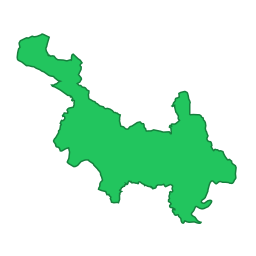 Pho Yen, Thái Nguyên, Vietnam (Mercator projection), rotated 355°
{"feature_id": "81297802B3855346019179", "entity_name": "Pho Yen", "entity_type": "district", "adm_level": 2, "iso_a3": "VNM", "parent_name": "Vietnam", "parent_adm1": "Thái Nguyên", "projection": "mercator", "projection_center": [105.815, 21.451], "detail": "fine", "context": "isolated", "style": "filled", "palette": "green", "viewbox_px": 256, "rotation_deg": 355, "n_neighbors": 0, "source": "geoboundaries", "source_scale": "gbopen_adm2", "svg_char_len": 5868}
<svg xmlns="http://www.w3.org/2000/svg" viewBox="0 0 256 256"><g transform="rotate(355 128 128)"><path d="M65.7,158.2L70.5,161.7L71.8,161.8L72.7,161.6L74.6,160.8L78.2,157.4L81.7,156.3L83.5,156.1L85.9,156.5L86.3,157.4L90.2,160.5L90.8,162.1L94.0,166.0L95.1,168.0L95.9,168.6L96.7,170.8L96.6,172.1L97.5,174.7L98.0,177.7L97.8,178.1L96.0,179.6L95.1,181.3L95.0,182.6L94.6,184.0L93.6,185.4L93.3,186.5L96.0,187.9L100.3,189.4L101.2,192.6L103.3,192.6L103.3,193.6L104.8,195.1L104.8,195.7L104.2,196.8L104.9,198.9L105.1,200.4L107.3,201.2L110.9,201.2L112.0,201.6L113.4,198.4L113.7,193.8L114.2,193.2L113.9,192.4L114.7,191.8L115.1,191.1L116.1,190.6L114.7,189.8L114.3,189.4L114.5,189.1L115.8,188.1L116.3,186.9L117.4,186.5L118.0,185.8L119.4,185.7L120.0,184.3L121.0,184.3L121.3,183.6L121.1,183.2L122.5,184.0L123.1,183.2L123.0,182.8L123.4,182.1L124.4,181.0L125.1,181.5L126.3,181.6L126.2,182.2L127.1,183.0L129.0,182.9L131.2,183.7L132.3,183.8L133.0,184.3L133.5,184.2L133.8,182.9L134.5,182.6L135.4,182.8L137.4,184.7L139.3,185.7L139.5,186.8L140.7,186.5L142.5,187.7L144.3,188.3L145.1,188.2L145.6,188.9L146.1,188.6L146.4,189.0L146.3,189.4L147.2,189.7L147.1,190.4L147.4,190.7L150.2,190.1L150.8,189.4L151.2,188.2L152.9,187.3L156.3,187.7L158.7,187.2L159.8,189.3L160.4,189.7L165.0,188.0L165.7,188.1L167.0,189.0L167.4,189.7L166.6,192.4L167.1,194.1L167.0,194.9L166.6,195.3L165.8,195.6L164.8,195.1L164.2,195.4L163.9,195.8L163.9,197.3L162.9,199.5L163.2,202.0L162.1,203.1L162.0,204.8L163.6,205.9L164.3,207.3L164.1,207.7L162.8,208.7L162.7,210.0L163.3,210.8L165.4,211.4L167.6,212.8L167.6,213.5L166.9,213.4L165.6,212.8L165.1,214.0L165.2,215.4L166.2,216.5L166.6,217.9L167.2,218.7L168.1,219.1L170.1,218.7L170.5,218.9L170.8,220.4L172.7,222.7L172.9,225.3L173.4,226.7L173.9,227.3L174.7,227.6L175.4,227.2L176.2,225.9L176.6,225.5L178.6,226.6L180.6,227.2L185.9,227.3L188.7,228.6L190.6,229.1L191.9,229.0L192.3,228.6L192.5,228.3L191.1,227.8L189.1,226.4L187.0,222.8L184.7,221.1L184.0,220.3L183.7,219.4L183.8,218.6L186.3,216.0L188.2,212.6L188.6,212.2L189.6,212.2L192.3,214.1L193.7,214.7L194.8,215.0L196.5,214.9L200.9,213.3L202.8,211.6L204.5,209.5L204.9,208.6L204.9,207.9L204.2,207.3L202.9,207.2L201.1,207.5L197.5,209.6L196.4,209.5L195.2,208.9L194.7,208.4L194.6,207.8L195.0,206.9L195.6,206.2L197.5,205.2L198.8,204.1L202.0,198.0L202.2,196.7L204.1,191.4L205.2,189.4L206.3,188.3L207.2,188.0L208.0,188.3L210.1,190.7L210.9,191.3L212.0,190.8L213.6,189.6L215.2,189.3L217.6,190.3L220.8,190.6L223.4,191.1L224.5,191.8L226.6,192.2L227.4,192.0L228.5,190.9L229.6,189.0L230.8,187.8L231.1,186.9L231.0,183.0L232.2,176.9L231.7,175.0L228.8,172.5L228.3,171.3L228.3,170.0L227.2,169.1L226.6,168.3L226.1,168.1L225.0,168.5L224.3,168.3L222.2,164.8L221.1,162.1L220.5,159.8L218.4,158.8L216.8,158.8L215.2,157.5L214.1,157.4L213.2,156.9L212.4,157.0L211.5,158.0L210.8,157.3L209.2,153.9L210.0,152.9L209.9,151.1L209.5,149.4L208.8,148.8L207.4,148.5L206.6,148.0L205.7,146.5L205.7,145.1L207.0,142.8L206.3,140.8L205.8,138.3L205.3,137.7L205.1,136.3L205.0,135.1L205.7,132.5L205.5,129.4L204.9,127.8L203.9,126.6L203.7,124.5L202.4,123.8L201.6,122.0L200.2,121.1L194.4,120.3L191.2,120.2L190.7,119.7L191.6,109.5L192.1,108.0L191.8,106.4L191.0,104.3L190.8,101.3L190.3,98.5L189.8,97.7L188.0,96.6L187.1,96.6L183.5,97.2L181.7,98.0L181.8,101.4L179.9,102.4L179.5,102.6L178.8,102.4L178.2,102.7L177.6,103.6L177.6,104.9L175.6,107.0L174.5,109.4L173.7,109.9L174.3,110.4L176.4,109.5L176.3,111.2L177.1,116.4L178.0,117.6L178.4,119.0L179.2,119.9L179.2,120.8L178.8,122.9L179.1,123.8L180.0,124.8L178.5,126.1L175.8,127.9L174.5,128.2L172.6,127.9L171.6,128.0L171.3,128.6L171.5,129.9L169.9,129.3L169.3,130.7L170.8,131.9L170.7,136.3L170.6,137.4L170.3,137.5L169.7,137.3L169.5,136.5L168.7,135.4L162.8,135.2L159.8,134.0L153.4,132.1L150.8,132.9L146.0,132.6L145.6,131.4L145.4,130.0L144.5,129.3L144.2,128.5L144.2,126.1L143.8,125.1L141.9,124.8L140.9,123.2L140.4,123.0L137.7,123.4L132.2,126.4L130.3,126.8L129.5,127.4L128.3,128.8L127.5,129.1L126.0,128.8L125.3,128.4L123.8,126.6L122.7,126.1L121.0,125.6L120.1,120.1L120.4,119.0L120.5,117.1L121.4,114.3L119.8,113.6L118.5,112.2L117.7,112.2L116.9,111.5L115.3,111.3L114.0,109.4L111.8,107.7L109.3,106.7L107.1,106.8L106.1,106.1L105.4,104.8L101.8,103.5L99.5,101.1L98.2,100.4L97.3,98.9L95.2,98.1L94.2,97.2L91.9,95.7L91.5,95.1L91.4,91.1L92.0,89.9L92.3,87.7L90.4,86.5L89.1,84.4L87.7,83.6L87.4,83.8L86.0,83.3L84.6,81.5L83.0,81.4L81.3,79.3L83.9,78.1L85.9,75.2L85.6,73.8L83.3,70.5L86.3,65.6L86.7,63.1L85.9,62.1L85.7,61.1L86.6,60.0L87.9,59.1L86.3,56.3L84.4,54.8L79.9,49.7L79.1,49.9L78.5,50.5L77.9,52.5L77.6,55.2L77.3,55.6L76.4,55.1L72.9,55.8L69.5,54.7L64.0,53.9L62.4,52.7L60.5,49.9L58.6,49.5L57.1,49.8L56.2,48.7L55.7,49.0L55.1,48.9L54.8,48.5L54.9,47.9L54.5,46.7L53.4,44.4L53.1,42.5L53.2,41.1L54.0,39.9L55.1,36.5L57.4,30.7L51.9,27.4L50.6,26.9L49.2,27.7L45.4,28.8L42.5,29.0L40.5,28.2L36.3,29.9L35.2,29.3L33.9,29.6L28.4,31.7L27.0,33.7L26.9,34.6L27.4,38.2L25.9,39.7L24.7,43.4L23.8,47.9L23.9,49.8L24.3,50.6L25.1,51.3L28.0,53.0L32.2,57.0L34.4,57.2L37.7,58.4L39.7,58.8L41.7,60.4L45.2,62.2L47.1,63.8L49.2,64.8L53.5,68.5L55.0,69.3L58.3,70.2L59.3,71.6L62.2,74.4L64.7,75.5L63.1,76.0L60.5,77.9L59.4,77.9L57.9,78.8L55.7,78.6L56.4,79.8L58.7,80.7L64.0,84.3L70.8,90.2L72.9,90.6L73.2,90.9L73.4,91.9L73.9,91.5L74.3,91.6L75.5,94.0L75.5,94.4L74.7,94.7L74.4,95.5L75.0,96.1L76.2,95.8L76.9,96.0L76.8,97.3L76.4,98.2L76.4,100.1L75.3,102.5L71.0,103.0L69.6,103.8L68.8,104.8L69.5,106.6L69.2,107.9L68.8,108.0L65.8,107.5L65.1,108.8L63.9,109.8L64.1,110.8L65.0,110.7L65.7,111.0L65.9,111.4L65.9,113.0L65.2,114.1L63.6,115.1L62.6,114.6L62.1,115.1L60.9,117.5L61.6,118.2L61.8,118.9L61.0,119.5L60.0,123.6L58.6,124.8L58.4,126.7L55.2,131.2L53.7,132.6L52.7,134.4L52.9,135.3L54.5,137.9L54.3,138.3L54.8,140.2L55.3,140.6L56.5,140.9L57.9,142.1L58.6,144.9L60.0,145.1L64.4,143.1L67.1,142.6L67.7,146.9L66.5,153.0L64.6,156.4L64.6,156.9L65.7,158.2Z" fill="#22c55e" stroke="#15803d" stroke-width="1.5"/></g></svg>